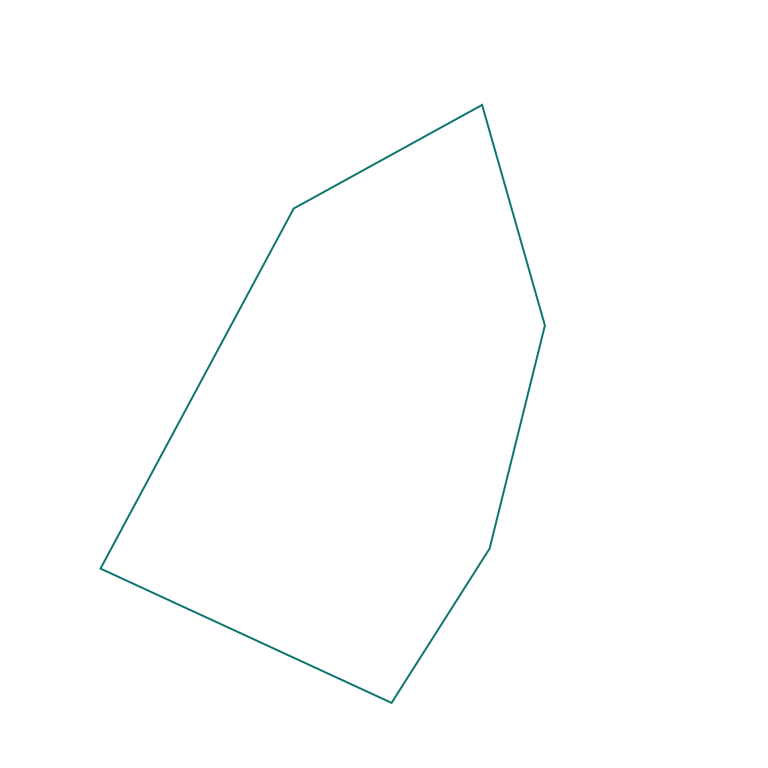 the state/province of Ta' Xbiex, rotated 297°
{"feature_id": "MLT-5941", "entity_name": "Ta' Xbiex", "entity_type": "state/province", "adm_level": 1, "iso_a3": "MLT", "parent_name": "Malta", "parent_adm1": "", "projection": "natural_earth1", "projection_center": [14.496, 35.895], "detail": "fine", "context": "isolated", "style": "outline", "palette": "teal", "viewbox_px": 768, "rotation_deg": 297, "n_neighbors": 0, "source": "natural_earth", "source_scale": "10m", "svg_char_len": 249}
<svg xmlns="http://www.w3.org/2000/svg" viewBox="0 0 768 768"><g transform="rotate(297 384 384)"><path d="M677.2,344.7L509.2,500.8L285.3,552.8L103.3,535.5L90.8,215.2L499.4,223.9L677.2,344.7Z" fill="none" stroke="#0f766e" stroke-width="2"/></g></svg>